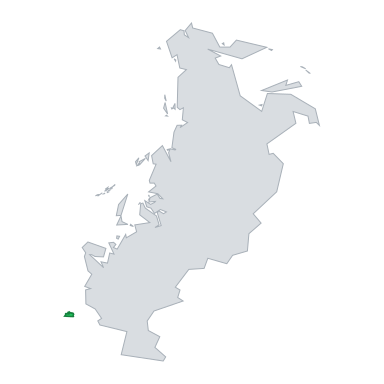 location of Kaliningrad within Russia
{"feature_id": "RUS-2324", "entity_name": "Kaliningrad", "entity_type": "Region", "adm_level": 1, "iso_a3": "RUS", "parent_name": "Russia", "parent_adm1": "", "projection": "albers", "projection_center": [21.339, 54.816], "detail": "fine", "context": "in_parent", "style": "filled", "palette": "green", "viewbox_px": 384, "rotation_deg": 0, "n_neighbors": 0, "source": "natural_earth", "source_scale": "10m", "svg_char_len": 4743}
<svg xmlns="http://www.w3.org/2000/svg" viewBox="0 0 384 384"><path d="M315.3,108.8L319.4,125.4L316.3,122.4L309.4,123.4L308.0,116.1L293.1,111.5L295.9,123.3L266.9,143.9L269.1,154.4L273.2,153.3L283.3,163.7L276.7,191.8L253.2,213.8L261.1,223.1L248.9,233.7L247.4,251.0L232.6,255.3L226.8,263.7L207.8,258.3L204.1,268.4L188.8,269.4L175.3,287.2L180.0,290.0L177.7,297.5L183.1,301.0L154.0,311.0L147.2,321.0L148.3,330.5L159.8,336.7L154.9,347.4L165.7,356.9L163.2,361.0L121.2,354.7L126.9,331.6L99.9,325.0L97.8,320.9L101.6,318.4L95.2,309.0L85.9,303.9L85.6,289.9L90.6,288.6L84.7,286.4L91.8,274.2L88.0,270.9L84.4,256.5L85.7,252.8L82.2,247.5L87.9,242.0L105.9,248.4L103.5,256.9L95.0,256.5L91.6,254.6L89.6,254.6L103.6,267.7L101.0,261.8L107.5,263.1L109.7,253.0L114.0,254.1L108.8,242.9L113.5,242.3L115.9,244.4L113.4,247.5L117.2,249.1L125.7,234.4L126.3,237.8L136.6,231.8L134.8,224.9L149.8,222.6L139.7,214.8L140.7,203.7L142.9,203.1L145.3,208.1L156.5,216.0L159.1,224.8L155.0,227.5L161.2,225.6L157.3,212.8L158.7,210.8L163.5,213.7L166.4,211.9L160.4,209.5L154.5,213.4L151.0,208.2L146.8,206.8L144.8,200.6L150.6,204.4L154.6,202.4L155.4,201.4L148.9,202.0L150.1,197.7L157.2,194.1L160.0,198.5L162.8,198.8L157.8,193.7L148.6,191.9L156.0,186.0L154.3,183.1L150.0,183.1L149.3,180.4L156.1,164.2L153.2,163.8L151.6,155.6L162.4,145.6L171.0,161.8L168.6,152.7L170.2,148.8L174.7,149.9L175.5,149.8L175.7,149.3L171.9,147.7L174.0,132.1L177.1,125.3L181.6,125.2L180.1,127.6L187.6,122.5L182.3,119.8L183.4,107.8L179.9,109.6L177.2,107.3L178.0,77.3L186.4,69.6L179.8,68.0L177.0,54.7L172.1,57.8L166.5,41.3L180.3,29.7L184.0,30.8L184.3,34.8L188.6,37.6L185.2,30.5L191.5,23.0L192.7,28.0L212.4,33.2L219.8,47.1L230.0,47.1L236.4,40.1L266.8,47.3L242.0,58.8L207.7,49.1L220.7,56.0L215.2,58.1L218.9,64.5L229.3,67.7L231.5,64.7L240.2,95.8L261.7,111.4L267.4,93.5L290.8,94.3L315.3,108.8ZM127.8,194.0L121.0,215.4L116.3,215.7L118.6,204.5L127.8,194.0ZM261.6,90.5L287.5,80.0L285.8,85.4L298.8,81.7L301.7,86.3L272.0,92.0L261.6,90.5ZM116.7,225.0L121.0,215.9L122.0,221.6L127.9,224.4L116.7,225.0ZM167.6,114.0L163.6,108.2L165.1,102.5L167.6,114.0ZM139.1,161.7L145.4,158.4L139.8,164.6L139.1,161.7ZM135.5,161.7L138.9,157.8L136.3,164.6L135.5,161.7ZM145.0,156.0L149.2,152.9L148.1,160.6L145.0,156.0ZM166.2,101.1L164.7,98.2L164.8,94.7L166.2,101.1ZM64.6,316.0L72.8,313.2L73.4,316.5L64.6,316.0ZM99.9,194.5L102.3,192.8L97.6,196.2L99.9,194.5ZM173.0,107.4L175.0,103.4L175.1,109.3L173.0,107.4ZM119.6,236.3L118.2,239.1L116.6,238.3L116.9,235.9L119.6,236.3ZM104.5,191.3L106.6,189.5L108.1,189.5L104.5,191.3ZM112.3,186.8L112.0,188.6L110.0,189.2L110.0,188.2L112.3,186.8ZM114.6,185.5L112.6,186.6L115.1,184.4L114.6,185.5ZM130.6,224.3L133.4,226.5L130.2,225.5L130.6,224.3ZM139.0,163.2L138.7,165.2L137.1,165.7L139.0,163.2ZM105.2,189.2L107.9,187.3L107.3,188.6L105.2,189.2ZM159.5,47.0L160.5,49.0L157.7,48.6L159.5,47.0ZM97.2,194.8L99.3,194.4L95.4,195.9L97.2,194.8ZM140.1,202.7L138.4,204.7L140.0,202.6L140.1,202.7ZM167.2,149.5L169.4,149.0L167.8,150.5L167.2,149.5ZM174.1,58.8L175.8,60.0L175.6,61.2L174.1,58.8ZM109.6,190.4L108.0,190.8L110.4,189.9L109.6,190.4ZM107.9,188.4L109.2,188.7L107.3,189.1L107.9,188.4ZM300.4,66.5L302.5,66.9L305.7,68.8L300.4,66.5ZM107.2,191.7L108.6,192.0L107.3,192.6L107.2,191.7ZM149.7,197.6L149.0,199.6L148.6,199.8L149.7,197.6ZM223.7,42.8L224.1,45.0L222.3,43.6L223.7,42.8ZM171.4,107.9L172.9,108.4L171.8,109.0L171.4,107.9ZM259.5,105.1L262.0,104.5L261.6,105.9L259.5,105.1ZM268.4,48.8L272.4,49.6L271.6,50.5L268.4,48.8ZM105.1,193.0L104.0,193.9L103.5,193.9L105.1,193.0ZM148.6,194.9L149.4,196.2L148.8,196.2L148.6,194.9ZM166.5,115.2L167.5,116.1L165.6,115.9L166.5,115.2ZM309.2,73.2L305.7,70.0L309.8,73.1L309.2,73.2Z" fill="#d9dde1" stroke="#a8b0b8" stroke-width="1"/><path d="M69.5,312.1L69.8,312.5L70.2,312.6L70.3,312.6L70.5,312.8L70.8,312.9L70.9,313.0L71.0,313.1L71.3,313.0L71.3,313.3L71.5,313.3L71.6,313.2L71.9,313.1L72.0,313.1L72.4,313.2L72.7,313.1L72.8,313.1L72.9,313.3L72.9,313.5L73.0,313.6L73.3,313.7L73.3,313.8L73.5,314.0L73.6,314.3L73.6,314.5L73.4,314.6L73.3,314.8L73.2,314.9L73.2,315.0L73.2,315.3L73.2,315.5L73.1,315.9L73.2,316.1L73.4,316.5L73.2,316.6L72.7,316.6L72.1,316.5L71.3,316.5L70.5,316.5L69.3,316.4L68.3,316.4L67.5,316.3L66.7,316.3L65.6,316.2L65.1,316.1L64.8,316.1L64.7,316.1L65.0,315.7L65.3,315.4L65.4,315.1L65.5,315.1L65.5,314.9L65.6,314.6L65.7,314.4L65.6,314.1L65.6,313.8L65.7,313.7L65.8,313.6L66.0,313.7L66.3,313.7L66.8,313.7L67.1,313.6L67.5,313.2L68.0,312.6L68.3,312.1L68.5,312.2L68.4,312.3L68.2,312.5L68.1,312.8L67.9,312.9L67.7,313.2L67.3,313.6L67.2,313.6L67.3,313.7L67.3,313.8L67.9,313.7L68.0,313.8L68.4,314.0L68.6,313.9L68.7,314.0L68.8,314.0L68.8,313.9L69.0,313.8L69.2,313.7L69.1,313.4L69.1,312.8L69.0,312.7L69.3,312.5L69.3,312.4L69.5,312.1L69.5,312.1Z" fill="#22c55e" stroke="#15803d" stroke-width="1.5"/></svg>